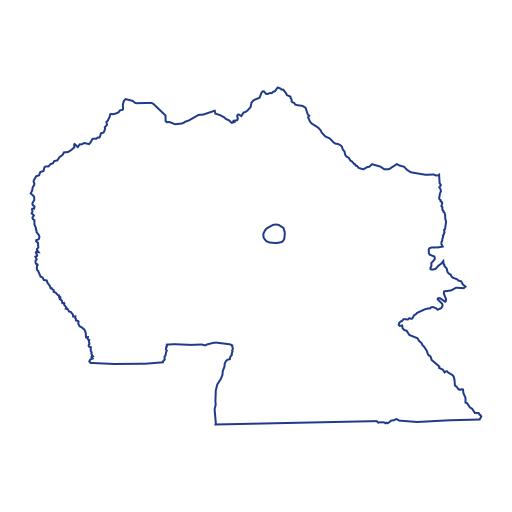 Kamonia, Kasaï-Occidental, Democratic Republic of the Congo (orthographic projection)
{"feature_id": "63176286B40120828568077", "entity_name": "Kamonia", "entity_type": "district", "adm_level": 2, "iso_a3": "COD", "parent_name": "Democratic Republic of the Congo", "parent_adm1": "Kasaï-Occidental", "projection": "orthographic", "projection_center": [20.742, -6.517], "detail": "fine", "context": "isolated", "style": "outline", "palette": "blue", "viewbox_px": 512, "rotation_deg": 0, "n_neighbors": 0, "source": "geoboundaries", "source_scale": "gbopen_adm2", "svg_char_len": 5961}
<svg xmlns="http://www.w3.org/2000/svg" viewBox="0 0 512 512"><path d="M32.4,217.6L32.8,219.0L34.4,220.1L34.4,224.3L36.0,228.3L35.8,229.2L36.5,230.3L36.5,232.1L39.0,235.3L39.4,236.7L39.0,238.7L38.5,239.4L36.3,240.1L36.1,241.3L38.0,242.9L38.3,247.6L36.9,249.2L36.9,249.9L38.6,252.2L36.1,252.0L35.9,252.7L37.2,255.3L36.8,256.2L35.4,256.6L36.7,259.4L35.5,260.9L35.6,262.9L36.1,263.9L37.3,264.2L37.7,265.0L37.0,265.7L36.8,268.5L37.2,270.1L38.1,270.9L40.6,276.7L42.5,277.4L43.8,280.0L46.8,280.5L47.3,282.5L50.0,286.2L50.6,288.3L51.7,288.2L52.2,289.2L53.8,290.2L53.6,291.8L55.6,292.6L57.7,294.9L59.1,295.5L59.1,297.3L60.3,297.2L60.5,298.1L59.9,299.3L61.8,300.5L62.3,303.1L64.0,302.8L64.4,303.6L64.1,304.7L66.5,307.7L65.8,308.7L68.0,309.4L69.0,311.5L70.7,311.9L72.9,314.5L73.1,316.5L75.3,316.4L75.2,318.1L75.8,318.5L76.0,320.5L78.0,320.9L78.6,321.7L78.2,323.5L79.6,326.3L81.8,327.4L84.5,329.7L85.7,332.8L86.0,337.3L87.9,337.1L87.6,338.6L87.9,339.3L89.2,340.0L88.8,341.2L89.5,344.0L88.9,344.5L88.6,345.9L89.1,346.7L90.8,347.1L90.7,350.8L91.7,352.5L91.3,353.5L92.1,355.4L93.0,356.3L91.5,357.1L92.7,358.5L90.3,359.5L89.3,361.4L90.5,362.9L113.9,364.0L145.7,363.7L162.9,362.3L163.3,360.9L164.7,359.6L164.5,356.7L165.5,355.3L166.2,351.7L166.8,350.6L165.9,349.1L166.3,347.0L166.8,346.8L166.8,344.6L174.3,344.2L191.1,344.9L201.6,344.5L205.3,345.4L207.1,344.4L213.6,342.8L216.2,342.6L229.9,344.3L232.3,345.4L232.2,346.4L232.9,348.7L232.1,350.7L232.5,351.6L231.7,353.5L231.9,354.8L230.3,356.7L229.9,359.2L227.5,359.7L225.8,361.3L224.7,363.7L224.5,366.5L222.8,371.0L222.4,375.1L220.7,379.2L217.3,384.4L215.8,390.4L215.4,401.4L215.7,404.6L214.6,409.3L215.8,422.9L215.5,424.5L376.7,421.1L378.3,422.7L379.4,422.3L383.9,422.3L385.6,423.3L386.3,422.7L387.8,423.2L391.5,420.5L393.8,420.3L396.3,419.0L399.3,420.6L417.1,422.0L448.7,420.3L479.6,419.5L481.3,416.5L480.4,415.0L479.4,414.6L478.7,413.1L474.8,412.9L472.2,408.8L470.0,407.5L467.0,403.1L465.5,402.6L465.5,397.9L463.4,393.2L463.0,389.5L461.7,389.2L460.1,389.9L459.3,389.3L458.5,389.4L456.7,386.8L454.9,385.5L454.5,379.8L453.8,376.9L452.8,375.3L448.0,372.4L447.0,371.3L445.9,371.4L444.6,372.4L442.9,369.7L439.1,367.9L439.3,366.5L431.6,359.9L430.8,357.2L430.0,355.9L428.8,355.5L427.9,354.2L426.8,350.9L424.2,346.8L422.5,345.2L421.5,343.0L419.1,341.0L417.4,338.2L409.4,335.0L406.5,330.6L404.5,330.2L402.6,328.3L402.1,325.5L399.7,325.9L398.7,324.8L399.3,322.8L400.9,321.3L402.0,321.1L403.3,319.4L404.1,319.1L407.9,319.5L409.2,318.2L411.3,318.8L412.3,318.5L414.1,315.2L415.8,314.3L416.9,313.0L424.8,309.3L428.6,308.4L430.0,308.5L431.1,307.3L433.1,307.1L436.0,308.2L437.6,309.7L441.2,308.2L442.6,305.7L442.3,303.9L437.6,299.3L437.8,298.4L439.9,298.1L445.2,301.8L445.7,301.3L446.1,299.3L443.8,293.5L444.1,291.4L451.2,290.4L456.1,287.7L463.7,288.2L465.5,286.6L463.0,284.6L461.1,281.3L458.5,280.6L456.9,279.2L452.8,277.7L451.3,276.2L450.6,274.5L448.9,273.7L447.4,271.8L446.7,268.6L444.3,265.8L444.4,264.9L443.7,264.3L443.3,261.1L441.3,263.6L438.3,265.8L435.5,268.9L432.0,269.7L430.5,269.1L430.4,267.8L431.2,266.6L431.4,265.2L431.3,263.1L434.5,259.6L434.8,258.3L434.4,256.5L429.9,254.8L428.9,253.5L428.7,249.5L429.4,248.3L431.5,247.5L438.0,247.4L442.7,246.6L441.4,244.2L441.5,241.8L442.3,240.4L442.3,239.0L443.2,236.6L442.9,235.6L444.0,234.1L443.9,233.2L444.5,232.3L444.1,229.9L445.0,229.1L446.1,221.8L445.3,218.9L445.1,214.9L444.4,212.5L443.3,211.7L443.5,211.0L442.3,209.6L442.4,207.3L441.4,206.1L442.3,203.1L441.9,202.2L440.6,201.4L440.8,200.3L439.4,199.2L439.1,198.2L440.0,193.4L441.0,191.0L440.4,188.9L439.3,187.3L440.9,185.1L439.6,183.1L439.1,174.8L438.3,175.4L437.2,175.4L435.5,175.4L433.8,174.5L425.6,174.8L410.9,172.3L407.2,170.0L404.0,166.7L399.4,165.5L396.9,164.1L389.0,169.2L384.3,169.3L380.6,166.7L372.1,164.2L369.2,166.8L367.5,167.0L363.3,169.3L358.8,168.0L357.1,166.0L355.8,165.7L355.1,164.3L354.4,164.2L351.7,161.2L350.5,160.7L348.6,157.7L346.5,156.6L345.3,155.0L344.4,151.3L342.9,149.8L341.9,146.7L340.4,145.2L338.3,144.1L335.3,143.6L333.7,142.5L329.7,138.4L325.4,136.5L321.9,132.8L320.3,129.9L318.0,127.5L311.9,123.7L310.2,121.9L308.1,117.4L309.2,115.7L307.8,114.6L305.6,107.8L302.6,105.9L297.3,105.2L295.1,104.5L294.2,102.9L292.2,102.2L291.6,101.5L291.5,99.2L290.5,97.8L290.4,96.6L286.9,95.1L285.9,93.0L283.2,89.6L281.9,89.7L279.6,88.1L277.7,87.5L274.8,91.4L273.4,91.6L271.7,93.2L270.1,93.0L267.5,94.0L266.1,93.9L263.8,91.3L262.8,91.4L261.5,92.6L259.6,97.7L254.5,99.8L252.7,101.1L251.5,102.7L250.5,107.2L247.4,110.6L245.2,112.1L243.6,112.5L241.3,116.1L238.9,114.5L237.8,114.7L237.1,116.1L237.9,118.5L237.2,120.2L233.5,120.8L233.2,121.5L234.7,121.4L234.7,121.9L231.8,122.9L229.0,120.3L226.0,119.1L224.4,117.5L220.2,115.2L215.4,113.6L214.7,110.7L203.2,114.6L198.5,114.9L188.6,120.6L184.9,121.8L183.8,122.8L181.4,123.6L175.0,124.2L169.3,122.0L166.7,122.2L165.6,121.0L165.5,115.5L153.3,103.8L151.6,103.0L149.9,102.9L136.3,103.2L134.8,102.7L132.7,100.9L125.6,99.1L123.7,101.2L122.8,105.0L123.1,109.1L122.5,109.8L119.9,110.4L118.7,112.2L116.0,113.5L113.1,114.2L111.0,114.0L110.1,114.5L109.8,116.4L107.9,120.5L106.4,122.0L107.0,124.9L104.8,127.3L105.1,128.8L104.0,131.8L103.5,132.6L100.9,133.3L100.0,136.7L99.1,137.7L97.7,137.5L96.2,138.8L94.0,138.6L92.4,139.0L90.6,142.4L89.1,144.1L84.2,143.0L81.7,144.3L79.6,144.4L77.8,147.1L74.6,144.0L74.2,144.3L74.3,147.4L71.0,150.2L68.1,152.0L63.9,152.4L62.6,154.9L59.5,157.1L57.3,160.4L54.2,161.1L53.0,163.3L50.7,164.0L48.5,166.4L45.5,166.5L44.5,167.1L43.5,171.0L40.3,172.0L39.1,175.3L36.2,176.2L34.0,179.9L33.6,181.5L34.4,183.8L34.0,185.4L32.8,187.0L32.1,190.8L30.7,193.4L34.1,196.6L34.3,200.0L32.6,202.8L32.4,203.9L32.7,204.9L34.5,206.5L34.1,208.6L32.3,208.7L32.0,209.5L32.5,211.5L31.6,213.3L33.9,215.5L32.4,217.6ZM276.4,243.1L269.5,242.5L266.2,241.1L263.6,237.7L263.3,233.9L264.9,230.6L266.6,228.5L270.1,226.5L273.0,224.9L275.8,224.5L278.7,224.9L283.4,227.9L284.6,231.6L284.8,233.9L284.3,238.7L283.3,240.6L281.8,242.0L276.4,243.1Z" fill="none" stroke="#1e3a8a" stroke-width="2"/></svg>